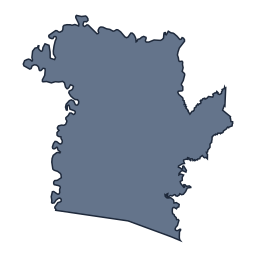 Sayaxché, Petén, Guatemala (Natural Earth projection)
{"feature_id": "79465075B52336301108850", "entity_name": "Sayaxché", "entity_type": "district", "adm_level": 2, "iso_a3": "GTM", "parent_name": "Guatemala", "parent_adm1": "Petén", "projection": "natural_earth1", "projection_center": [-90.182, 16.297], "detail": "fine", "context": "isolated", "style": "filled", "palette": "slate", "viewbox_px": 256, "rotation_deg": 0, "n_neighbors": 0, "source": "geoboundaries", "source_scale": "gbopen_adm2", "svg_char_len": 5701}
<svg xmlns="http://www.w3.org/2000/svg" viewBox="0 0 256 256"><path d="M128.1,220.9L171.3,236.8L180.4,240.6L179.6,239.5L179.3,237.2L179.5,231.8L180.6,230.1L180.6,229.4L180.0,229.2L177.9,230.5L176.6,230.6L175.5,230.1L175.1,229.0L175.7,227.4L177.4,225.5L178.9,220.4L178.2,219.5L176.6,219.6L176.1,217.5L174.6,216.2L174.1,214.7L172.6,213.6L172.3,211.4L172.4,208.8L173.1,207.6L174.1,207.4L176.5,208.8L177.3,207.4L178.8,206.9L179.2,204.4L176.3,202.6L174.0,203.0L173.6,200.3L173.1,199.6L170.6,197.7L167.8,198.0L166.6,197.7L165.2,196.2L165.0,194.6L166.1,195.2L167.0,193.9L167.8,193.6L167.2,196.2L167.8,197.1L170.5,195.5L172.1,196.0L174.5,194.6L175.1,194.7L175.9,195.9L177.4,196.2L179.2,195.0L179.8,193.7L181.5,194.7L183.3,194.3L185.6,191.6L187.3,188.0L190.8,187.5L190.8,187.0L189.3,185.9L186.4,186.3L185.3,184.9L184.0,184.6L183.2,185.3L183.5,186.0L184.5,186.6L184.4,187.2L183.8,187.4L180.6,183.3L180.2,181.5L182.3,180.3L182.2,177.4L183.6,175.0L180.6,174.0L178.9,174.9L179.1,173.4L181.2,171.0L182.8,170.7L185.9,172.1L186.4,170.4L183.7,166.0L182.7,166.3L182.5,169.0L181.7,169.2L179.8,167.7L178.4,167.3L178.5,166.0L182.4,163.8L184.5,163.5L183.5,160.8L183.6,160.0L185.9,159.2L187.9,159.4L188.0,158.8L187.4,158.2L187.6,157.6L189.0,158.0L189.2,159.0L190.5,160.6L190.8,160.5L190.5,159.9L190.8,158.8L192.3,158.9L193.0,160.6L194.4,159.8L194.9,160.7L196.3,159.7L197.5,159.9L197.8,159.0L199.8,158.7L200.1,157.3L202.3,155.5L203.8,157.3L204.7,157.8L206.0,157.4L207.4,158.8L207.5,154.4L206.8,153.7L206.4,152.3L207.1,152.3L207.6,151.8L207.8,150.1L210.0,147.3L210.0,144.1L211.8,142.0L211.5,141.3L212.0,139.9L212.1,136.9L212.5,136.8L213.2,135.6L214.7,134.7L215.4,134.9L215.6,134.2L217.3,134.5L217.8,133.2L220.1,133.2L220.4,133.7L221.2,132.9L221.7,133.1L223.0,132.4L223.5,130.9L226.3,129.0L227.5,127.2L228.6,127.7L228.7,127.2L232.1,125.9L232.3,124.0L232.7,123.4L232.6,121.7L231.0,121.6L230.5,118.4L230.1,118.0L230.5,116.7L222.6,110.2L224.3,105.4L224.9,106.0L225.7,88.1L225.2,88.5L224.6,87.0L224.3,88.6L222.1,89.5L222.5,90.7L221.6,91.6L221.5,93.3L219.6,94.5L218.1,94.0L217.7,93.1L218.1,92.8L216.8,91.4L216.1,92.9L214.9,92.9L212.8,94.2L213.4,95.3L212.7,97.1L208.5,96.5L207.1,98.1L205.5,99.0L204.9,99.0L204.7,98.2L202.8,98.8L201.8,100.4L201.0,100.1L200.2,101.0L201.0,102.1L200.6,103.5L199.0,103.9L198.4,104.8L197.6,104.1L196.9,105.3L196.3,105.6L196.1,106.9L194.4,108.0L194.2,110.0L193.2,111.2L192.1,111.3L189.9,114.2L188.4,111.8L188.3,110.9L187.8,110.8L187.7,109.8L185.9,108.0L186.4,106.8L185.2,106.3L185.8,105.0L185.1,104.3L184.2,104.4L184.7,103.0L184.2,102.2L184.1,100.7L183.0,100.2L183.0,98.9L182.6,97.7L178.8,94.5L177.8,92.3L178.4,91.2L182.0,90.9L182.8,90.1L182.8,86.7L181.5,85.0L181.4,84.0L183.3,80.4L184.7,74.9L184.5,73.6L182.2,71.4L183.1,67.7L182.5,64.7L182.7,62.1L182.0,61.2L179.8,61.5L178.8,60.8L178.3,57.6L177.4,55.0L178.0,51.9L179.3,48.0L184.5,41.3L184.5,39.7L183.5,38.2L182.1,37.6L181.0,39.3L179.7,39.4L177.1,36.3L174.1,33.7L173.0,33.1L170.9,32.8L168.3,31.2L166.3,34.8L165.4,34.5L165.3,32.6L164.3,32.7L163.9,33.7L163.5,38.1L162.2,39.5L160.5,40.4L154.0,40.0L148.8,42.1L146.3,42.1L145.6,41.4L145.4,40.4L146.1,38.5L146.0,37.4L143.7,36.4L141.7,37.2L139.9,38.8L137.9,39.3L136.9,41.3L136.1,41.8L135.8,38.6L134.9,36.4L133.8,34.5L132.2,33.1L130.8,33.1L128.1,37.0L126.6,37.7L125.0,37.0L120.6,31.8L117.8,29.8L116.4,29.7L114.7,30.8L113.1,31.2L109.9,29.4L106.5,28.8L103.0,27.2L100.8,27.0L99.5,27.6L98.3,29.7L98.1,30.9L98.7,32.3L98.5,33.0L98.0,33.6L97.0,33.8L88.2,25.1L87.0,24.8L84.7,26.5L83.3,25.8L83.0,24.2L83.8,21.9L84.8,21.6L86.5,21.8L88.0,20.4L87.9,18.7L86.8,16.9L85.7,16.0L81.4,16.5L76.5,15.4L75.8,16.2L75.8,17.7L78.9,24.0L78.6,25.9L74.9,24.5L71.9,25.3L70.6,24.8L66.9,24.7L64.1,25.3L63.1,26.4L62.8,29.6L62.1,31.0L59.8,32.2L58.5,31.9L56.9,30.7L55.6,30.6L49.0,35.2L48.7,36.1L49.3,37.7L52.0,38.7L53.0,38.5L54.1,36.6L55.2,36.5L56.2,37.1L56.4,38.3L55.2,41.0L54.0,46.1L53.3,51.0L53.5,54.1L55.5,57.5L54.6,59.6L50.6,58.3L50.2,57.8L50.1,52.1L49.0,45.3L45.0,43.8L43.0,47.5L42.5,50.2L41.7,51.3L40.7,51.1L39.1,49.5L38.5,48.2L38.9,45.8L38.2,45.7L37.5,47.6L35.0,48.1L32.6,51.2L31.9,57.5L32.5,59.7L32.3,60.9L31.7,61.0L30.3,59.7L28.6,59.1L26.8,59.6L24.6,60.7L23.3,64.0L23.9,65.8L29.8,69.1L31.1,68.5L32.1,65.9L34.3,64.8L36.5,65.1L37.8,66.1L38.6,67.2L39.2,70.0L40.0,70.7L41.1,70.4L43.1,68.3L44.9,68.6L45.2,70.3L44.7,75.4L42.4,79.8L42.4,81.4L42.9,81.8L46.6,81.5L51.4,82.9L55.3,81.7L58.7,82.0L62.7,81.4L64.4,82.7L65.5,87.0L66.9,88.7L67.6,88.7L68.9,87.6L70.4,84.8L72.5,85.5L73.4,86.5L72.8,88.6L71.9,89.8L69.2,91.1L68.8,92.8L70.6,95.9L73.6,98.6L75.5,99.6L77.5,99.7L78.7,101.3L78.6,103.4L77.6,104.9L76.9,105.2L75.4,104.7L73.7,101.0L71.2,99.9L69.3,100.7L66.2,104.2L65.5,107.1L66.3,109.9L67.0,110.2L67.3,109.9L67.2,106.2L67.9,105.3L68.7,105.1L69.2,105.9L70.0,109.2L74.7,110.9L75.3,112.0L75.1,113.1L74.5,114.1L73.5,114.5L71.2,113.0L69.6,113.1L68.2,115.6L65.9,117.6L65.8,119.0L66.7,120.5L66.8,121.7L65.6,124.4L63.9,125.3L61.4,125.1L58.5,125.9L57.4,127.5L57.5,128.8L59.0,130.3L57.0,132.6L57.0,135.1L57.7,135.9L59.1,136.6L60.9,136.8L61.1,138.7L62.1,140.3L62.3,141.9L61.6,143.5L60.3,144.0L59.2,143.6L56.7,141.6L55.1,141.4L53.5,143.5L52.4,147.0L52.7,148.3L53.4,148.8L54.6,148.8L56.9,147.2L57.4,147.7L58.0,150.0L60.4,152.0L59.9,152.9L57.9,152.4L56.6,152.7L53.2,155.4L52.1,158.5L51.8,162.1L52.8,169.0L54.1,170.2L57.7,171.4L60.3,173.4L61.0,174.6L61.3,177.7L57.3,180.3L54.7,180.6L53.7,182.0L53.7,183.8L54.3,184.7L58.5,185.6L59.9,186.3L60.3,187.6L59.6,189.4L59.7,192.7L58.8,194.1L57.5,194.1L53.7,191.5L52.4,191.7L51.2,196.7L51.8,200.3L51.6,202.6L52.3,203.2L54.2,202.9L56.1,200.1L58.4,198.4L59.9,198.1L61.2,199.3L61.2,201.1L60.4,201.8L57.9,202.6L54.9,206.9L54.8,207.9L55.9,209.3L55.7,210.3L128.1,220.9Z" fill="#64748b" stroke="#1e293b" stroke-width="1.5"/></svg>